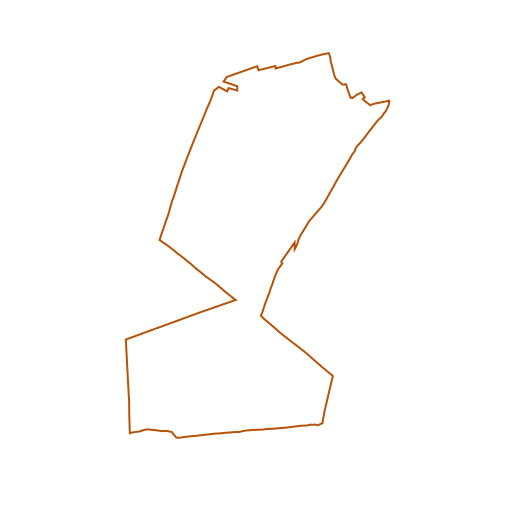 outline of Ghercesti, Dolj, Romania, rotated 162°
{"feature_id": "2599482B76093659633091", "entity_name": "Ghercesti", "entity_type": "district", "adm_level": 2, "iso_a3": "ROU", "parent_name": "Romania", "parent_adm1": "Dolj", "projection": "natural_earth1", "projection_center": [23.894, 44.373], "detail": "fine", "context": "isolated", "style": "outline", "palette": "amber", "viewbox_px": 512, "rotation_deg": 162, "n_neighbors": 0, "source": "geoboundaries", "source_scale": "gbopen_adm2", "svg_char_len": 4072}
<svg xmlns="http://www.w3.org/2000/svg" viewBox="0 0 512 512"><g transform="rotate(162 256 256)"><path d="M242.4,427.1L244.9,426.3L247.1,423.2L251.2,418.0L253.5,415.4L257.0,411.5L272.8,392.8L280.4,383.8L290.7,371.3L291.0,370.9L292.1,369.5L292.9,368.5L295.0,365.9L297.7,362.6L298.8,361.3L302.3,356.6L305.5,352.2L309.0,347.5L310.8,344.9L314.5,339.8L316.3,337.3L318.2,335.2L319.5,333.2L326.6,322.5L330.5,317.5L335.1,311.4L340.8,303.8L342.8,301.0L340.8,298.4L338.0,294.8L336.3,292.5L333.0,287.7L332.0,286.0L329.5,282.1L328.6,281.0L328.3,280.7L327.5,279.3L325.5,276.5L321.8,270.6L320.4,268.6L318.5,265.2L317.6,263.6L316.6,262.0L314.9,259.6L311.4,254.2L310.6,252.8L310.0,251.8L308.4,249.9L307.7,248.8L305.7,246.2L302.8,242.2L300.6,238.6L296.7,232.1L291.4,224.0L289.6,221.4L288.9,220.5L293.3,220.4L325.5,219.7L405.6,216.8L408.0,207.9L413.8,186.3L420.3,161.9L421.5,157.2L424.7,147.0L425.4,144.8L429.0,132.5L430.1,128.7L430.4,127.6L430.7,126.4L428.5,126.4L425.7,126.0L420.8,125.1L416.4,125.2L412.5,124.6L410.1,123.4L408.3,122.7L404.8,121.1L403.1,120.3L400.5,118.9L398.2,118.1L396.2,117.6L394.1,116.8L393.0,116.1L391.5,115.2L390.8,114.8L390.4,114.4L390.2,114.1L390.1,113.7L389.9,112.7L389.2,111.3L388.5,109.5L388.3,108.8L388.1,108.3L387.8,107.9L385.9,107.2L384.0,106.6L382.2,106.3L377.4,105.5L374.3,104.9L370.0,103.8L357.1,101.2L350.1,99.8L343.7,98.1L340.9,97.6L337.7,96.8L333.9,95.9L331.4,95.3L329.3,94.8L327.7,94.2L326.4,93.8L324.6,93.7L322.7,93.6L320.3,93.2L318.8,93.0L317.8,92.8L317.0,92.6L316.3,92.3L315.4,92.1L314.2,91.9L313.4,91.7L308.4,90.3L304.3,89.1L298.8,88.0L293.7,86.6L280.6,83.5L265.4,80.6L262.6,79.8L259.1,78.9L258.1,78.9L256.4,78.8L255.0,78.3L254.1,77.9L252.4,77.6L250.7,76.7L249.6,75.9L249.2,75.9L248.9,75.9L248.3,76.0L247.3,76.2L246.3,76.3L245.2,76.4L244.5,76.3L243.7,78.2L240.9,83.2L238.8,87.2L236.9,90.3L234.0,95.1L223.1,113.1L220.0,118.1L224.5,125.3L227.5,130.0L238.8,149.0L256.8,175.5L259.0,179.4L266.7,192.0L268.1,194.2L269.8,197.8L267.5,200.3L265.7,202.8L265.4,203.2L263.5,205.9L256.9,214.3L255.0,216.4L254.3,217.2L253.6,218.6L250.5,222.6L249.3,224.0L246.7,227.6L243.6,231.5L240.8,234.8L239.7,236.0L238.7,236.9L237.1,238.0L233.6,240.5L233.3,240.7L233.5,241.0L233.8,241.2L233.8,241.6L233.8,242.1L233.8,242.5L233.7,242.9L215.1,256.9L217.1,250.5L215.5,252.0L214.5,253.0L212.8,255.1L210.2,258.9L206.6,262.5L198.8,269.1L194.9,272.6L184.5,278.9L182.6,280.1L180.6,281.2L179.3,282.0L178.0,282.9L176.5,284.1L174.8,285.3L173.7,286.4L172.2,287.6L169.6,290.1L161.2,297.8L155.6,303.1L136.9,319.3L134.5,321.5L134.0,322.0L132.6,323.2L131.3,324.1L130.0,325.0L129.8,325.1L129.7,325.3L129.1,326.0L128.4,327.1L127.6,327.8L126.7,328.6L125.6,329.4L123.4,330.6L119.6,332.8L115.9,335.2L114.0,336.6L111.9,338.1L108.3,340.6L104.4,343.2L101.9,344.9L101.0,345.5L100.6,345.8L100.2,346.1L99.3,346.6L97.5,347.7L95.5,348.6L94.4,349.1L93.6,349.5L92.2,350.5L90.3,352.1L88.8,353.0L87.2,354.2L85.6,356.0L84.0,357.5L82.5,359.8L81.9,360.9L81.5,361.7L81.3,362.4L81.3,362.5L85.6,363.0L92.6,363.8L96.3,364.3L99.0,364.2L100.8,364.0L105.8,371.7L106.1,372.3L103.5,373.4L104.2,375.9L104.8,378.3L105.0,378.9L105.7,378.8L107.6,378.6L109.8,378.3L110.3,378.2L111.7,377.7L115.7,376.4L116.1,377.1L117.1,377.2L117.1,377.6L117.3,381.4L117.4,388.2L117.4,389.7L117.3,390.7L117.3,391.5L118.4,391.7L119.7,392.0L120.4,392.3L121.0,392.7L121.5,393.6L122.2,394.8L123.4,396.6L124.7,398.9L125.4,400.1L125.6,400.8L125.6,401.4L125.6,402.3L125.7,403.6L125.6,405.0L125.5,407.3L125.5,408.1L125.5,408.3L125.3,409.0L125.2,411.1L125.1,411.9L125.1,412.9L125.0,413.7L124.8,414.6L124.9,415.0L124.9,415.7L124.9,416.8L124.9,417.6L124.8,418.1L124.7,418.7L124.6,419.3L124.3,420.1L124.2,420.5L124.2,421.0L123.9,421.5L123.9,421.9L124.0,422.1L124.0,423.2L124.1,426.5L125.2,426.6L126.4,426.7L127.8,426.9L129.8,427.1L135.7,427.5L146.4,427.7L150.3,427.3L154.6,426.5L157.4,427.1L159.6,427.3L160.0,427.3L165.1,427.7L170.8,427.9L177.7,428.2L179.5,428.3L178.9,430.7L196.2,431.9L196.3,436.1L228.5,435.3L232.9,431.9L221.3,423.2L222.7,419.2L230.1,424.1L232.6,421.5L239.0,428.3L242.4,427.1Z" fill="none" stroke="#b45309" stroke-width="2"/></g></svg>